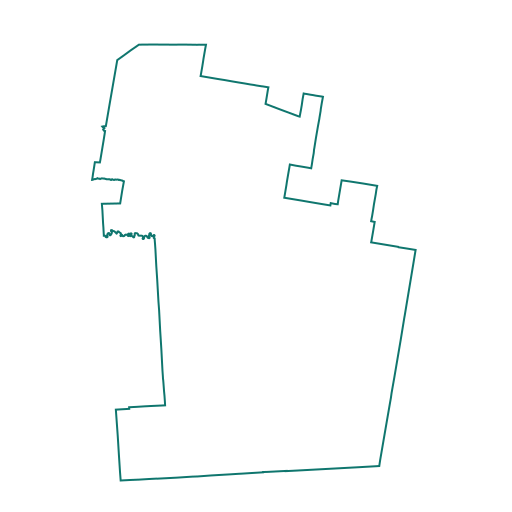 Juárez Celman, Córdoba, Argentina (Robinson projection), rotated 357°
{"feature_id": "61730980B81524529409154", "entity_name": "Juárez Celman", "entity_type": "district", "adm_level": 2, "iso_a3": "ARG", "parent_name": "Argentina", "parent_adm1": "Córdoba", "projection": "robinson", "projection_center": [-63.851, -33.267], "detail": "fine", "context": "isolated", "style": "outline", "palette": "teal", "viewbox_px": 512, "rotation_deg": 357, "n_neighbors": 0, "source": "geoboundaries", "source_scale": "gbopen_adm2", "svg_char_len": 5891}
<svg xmlns="http://www.w3.org/2000/svg" viewBox="0 0 512 512"><g transform="rotate(357 256 256)"><path d="M380.7,192.3L366.7,189.2L354.7,186.7L345.5,184.9L341.0,205.0L340.3,208.6L337.6,208.2L333.4,207.1L332.9,209.4L326.9,208.1L320.1,206.6L310.7,204.5L304.6,203.1L287.3,199.3L290.1,186.7L290.8,183.2L292.6,175.2L293.5,171.3L293.8,170.0L294.6,166.4L300.5,167.9L305.7,169.0L312.4,170.5L315.7,171.3L316.6,167.4L317.6,162.4L319.0,156.4L319.3,154.5L319.5,152.9L319.9,151.3L322.0,141.4L324.6,129.9L326.4,122.4L326.7,120.9L328.1,114.6L328.4,112.6L329.7,106.7L331.2,100.5L330.1,100.2L324.1,99.0L321.4,98.3L318.9,97.8L314.7,96.8L313.5,96.6L312.1,96.2L310.8,101.6L309.6,107.7L308.5,112.6L306.9,119.1L305.2,118.5L285.9,110.1L273.5,104.6L274.5,100.2L275.5,95.6L276.5,91.0L277.2,88.2L271.7,87.0L271.1,86.9L270.9,86.9L265.2,85.7L262.9,85.1L259.3,84.4L253.7,83.1L247.2,81.7L241.4,80.4L234.1,78.7L227.0,77.2L219.9,75.6L210.1,73.4L210.6,71.3L212.2,64.3L213.5,58.2L213.9,56.2L216.1,46.5L217.1,42.4L213.2,42.2L210.1,42.0L208.4,42.0L195.1,41.1L186.1,40.7L182.4,40.5L179.0,40.3L172.2,39.9L165.3,39.5L161.9,39.3L156.0,39.1L150.2,38.8L141.6,44.1L133.8,49.2L127.7,53.1L117.8,96.5L113.0,117.8L112.8,118.5L110.6,118.5L109.3,118.7L109.8,119.4L110.4,119.2L111.3,120.4L110.6,121.1L110.0,121.8L110.9,123.1L111.8,123.3L111.1,126.8L109.9,132.4L107.3,144.2L105.6,151.9L105.0,154.4L100.0,153.9L98.3,162.0L97.6,165.1L97.0,168.3L96.3,171.4L96.6,171.4L96.9,171.3L97.0,171.2L97.4,171.2L97.6,171.1L98.2,170.9L98.5,170.8L98.7,170.7L98.9,170.7L99.2,170.8L99.6,170.8L100.1,170.7L100.3,170.6L100.6,170.5L100.9,170.5L101.2,170.3L101.6,170.1L101.8,170.0L102.1,170.2L102.3,170.4L102.6,170.5L102.8,170.5L103.4,170.6L103.8,170.6L104.0,170.8L104.3,171.0L104.6,170.9L104.8,170.8L105.2,170.6L105.4,170.6L105.8,170.4L106.2,170.5L106.4,170.5L106.6,170.5L107.0,170.5L107.4,170.6L107.7,170.7L108.0,170.7L108.6,170.7L108.9,170.8L109.1,171.0L109.6,171.1L109.8,171.2L110.2,171.2L110.6,171.5L111.2,171.6L111.5,171.6L111.8,171.6L112.1,171.6L112.9,171.7L113.1,171.6L113.4,171.6L113.7,171.7L114.2,171.8L114.3,171.9L114.4,172.0L114.5,172.2L114.9,172.3L115.1,172.4L115.2,172.5L115.4,172.5L115.7,172.3L115.8,172.1L116.0,171.9L116.4,171.9L116.7,171.9L117.0,172.2L117.4,172.4L117.5,172.5L117.8,172.5L118.0,172.5L118.4,172.6L118.6,172.6L118.8,172.5L119.0,172.3L119.3,172.2L119.5,172.3L119.9,172.4L120.3,172.4L120.7,172.5L120.9,172.5L121.2,172.4L121.4,172.4L121.9,172.4L122.2,172.4L122.4,172.5L122.6,172.7L122.9,172.9L123.1,172.9L123.3,172.9L123.6,172.8L124.0,173.0L124.1,172.9L124.6,173.1L124.8,173.2L125.7,173.5L125.8,173.5L126.0,173.5L126.3,173.6L126.5,173.8L126.7,174.0L127.0,174.0L127.7,174.4L128.0,174.5L125.8,183.8L123.1,196.4L104.8,195.8L105.0,202.6L105.0,215.2L105.1,219.7L105.1,223.7L105.1,227.6L105.4,227.5L105.9,227.6L106.3,227.9L106.4,228.4L106.6,228.7L107.0,229.2L107.6,229.5L108.2,229.5L108.7,229.2L108.8,228.7L108.3,228.2L108.3,227.6L108.6,227.0L108.9,226.2L109.3,225.7L109.8,225.4L110.4,225.4L110.7,225.7L111.0,226.3L110.9,226.9L110.8,227.3L111.1,227.6L111.4,227.7L111.9,227.5L112.3,227.0L112.9,226.2L113.3,225.2L113.3,224.6L113.1,224.1L112.7,223.9L112.5,223.5L112.5,223.0L112.7,222.6L113.2,222.6L113.6,222.7L113.9,223.1L114.7,223.6L115.2,223.7L115.9,224.0L116.3,224.4L116.9,225.1L117.3,225.4L117.5,225.8L117.7,226.1L118.0,226.3L118.2,226.1L118.3,225.8L118.7,225.3L119.0,224.4L119.4,224.2L119.9,224.3L120.2,224.5L120.6,225.0L121.0,225.4L121.8,225.9L122.2,226.3L122.3,227.0L122.3,227.5L121.7,228.3L121.7,228.6L121.9,229.0L122.3,229.0L122.8,228.7L123.0,228.3L123.1,228.1L123.4,228.0L123.6,228.2L123.7,228.6L124.1,229.2L124.5,229.3L125.2,229.2L125.7,228.9L126.1,228.5L126.3,228.1L126.7,228.0L127.1,227.8L127.5,227.9L128.1,228.0L128.4,228.2L128.6,228.4L128.9,228.9L129.3,229.3L129.5,229.4L129.9,229.3L130.0,229.0L129.8,228.6L129.4,228.1L129.4,227.4L129.7,227.1L129.9,227.0L130.4,227.1L130.6,227.5L130.5,227.9L130.5,228.2L130.6,228.7L130.8,229.2L131.5,229.6L132.1,229.4L132.2,228.9L131.6,227.7L131.5,227.1L132.1,226.9L132.6,226.9L132.9,227.2L132.7,228.2L132.6,228.6L132.6,229.1L132.9,229.4L133.3,229.7L133.9,230.0L134.2,230.5L134.4,230.8L134.8,231.0L135.2,230.9L135.5,230.3L135.5,229.6L136.0,228.9L136.0,227.5L136.2,227.0L136.7,226.8L137.1,226.9L137.7,227.0L138.4,227.1L139.1,227.7L139.4,228.4L139.5,229.0L139.7,229.4L140.3,229.6L141.2,229.6L142.7,229.7L143.6,230.0L144.2,230.7L144.2,231.4L143.7,232.7L144.0,233.1L144.6,233.1L145.1,232.4L145.2,232.0L145.4,231.2L145.9,230.3L146.5,230.0L147.1,230.0L147.6,230.2L148.1,230.8L148.4,231.4L148.8,232.0L149.3,232.4L150.3,232.6L150.6,232.4L150.7,232.2L150.7,231.8L150.5,231.4L150.0,231.0L149.9,230.6L150.1,230.1L150.3,229.7L150.5,229.3L150.7,228.2L151.1,227.8L151.5,227.6L152.1,227.9L152.3,228.6L152.2,229.4L152.2,230.0L152.7,230.5L153.2,230.7L153.4,230.8L155.1,229.7L155.4,229.7L155.8,230.2L155.8,230.5L155.6,230.8L155.3,231.1L155.0,231.9L154.9,232.7L155.3,233.1L155.7,233.2L155.7,235.4L155.8,238.8L155.9,244.5L155.9,260.6L156.1,274.7L156.2,296.4L156.4,305.3L156.4,326.0L156.5,334.1L156.6,345.8L156.6,355.1L156.6,365.6L156.7,371.4L156.7,374.1L156.8,374.5L156.9,377.2L157.1,386.3L157.3,390.9L157.4,396.7L157.4,400.4L143.1,400.3L136.9,400.3L128.7,400.4L121.4,400.4L121.4,402.0L108.0,402.1L108.5,427.9L108.7,449.0L108.9,464.9L109.1,473.1L119.2,473.1L127.6,473.2L136.7,473.1L145.0,473.1L145.6,473.2L165.5,473.2L172.6,473.1L180.9,473.0L186.3,473.1L190.8,473.0L195.3,472.9L200.0,472.8L217.8,472.7L226.8,472.6L231.2,472.6L239.4,472.5L251.7,472.4L251.7,472.1L255.9,472.2L274.9,472.2L274.8,472.4L284.2,472.4L347.4,472.3L368.1,472.2L369.3,466.3L377.2,431.4L382.0,410.3L383.3,404.7L384.2,400.0L387.8,384.4L395.9,348.3L400.9,325.3L401.4,323.2L412.5,272.9L415.7,258.3L405.5,256.1L398.7,254.7L398.5,254.3L388.5,252.1L371.7,248.4L372.0,247.3L374.3,237.2L376.3,228.2L372.8,227.3L373.4,224.7L374.0,222.4L375.4,216.0L376.5,210.5L378.8,200.6L379.7,196.1L380.7,192.3Z" fill="none" stroke="#0f766e" stroke-width="2"/></g></svg>